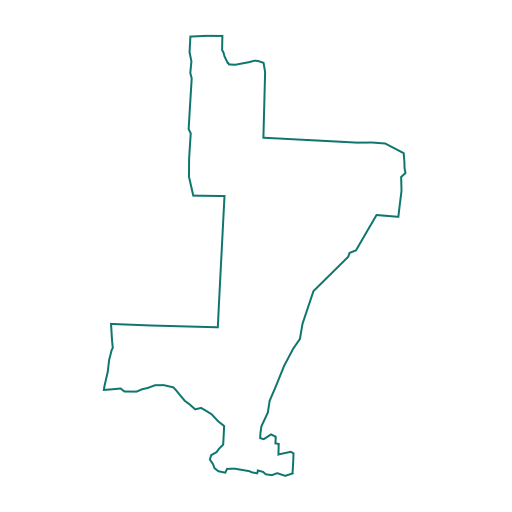 Gorogly, Tashauz, Turkmenistan, rotated 183°
{"feature_id": "10190150B22032040795574", "entity_name": "Gorogly", "entity_type": "district", "adm_level": 2, "iso_a3": "TKM", "parent_name": "Turkmenistan", "parent_adm1": "Tashauz", "projection": "equal_earth", "projection_center": [59.965, 40.525], "detail": "fine", "context": "isolated", "style": "outline", "palette": "teal", "viewbox_px": 512, "rotation_deg": 183, "n_neighbors": 0, "source": "geoboundaries", "source_scale": "gbopen_adm2", "svg_char_len": 2185}
<svg xmlns="http://www.w3.org/2000/svg" viewBox="0 0 512 512"><g transform="rotate(183 256 256)"><path d="M283.5,39.9L282.3,39.1L275.4,38.0L273.8,41.7L273.7,41.9L266.3,42.5L262.0,42.0L261.1,41.9L256.6,41.4L253.4,41.0L251.4,40.8L250.0,40.2L248.6,39.7L245.4,39.3L244.4,39.2L243.4,39.1L242.9,41.6L242.9,41.9L241.6,41.6L237.7,40.8L234.9,38.6L234.5,38.5L229.0,38.0L228.6,38.0L224.5,39.8L223.4,40.2L220.0,39.3L219.4,39.1L216.0,38.2L215.5,38.0L215.4,38.0L212.4,39.1L209.0,40.4L208.2,40.7L208.0,40.8L208.2,41.2L208.2,42.2L208.1,44.5L208.1,49.2L208.1,54.5L208.2,58.6L208.2,60.3L208.2,60.9L209.1,61.3L211.2,62.3L211.4,62.2L214.6,61.3L218.4,60.3L222.5,59.2L223.2,58.9L223.5,69.5L226.8,69.9L226.8,76.1L227.1,76.2L227.1,76.7L227.2,76.8L227.6,76.9L231.6,78.6L232.5,78.0L237.3,74.5L238.7,73.5L240.1,73.8L242.3,74.4L242.3,74.5L242.3,79.4L241.7,86.2L236.0,100.2L234.8,112.1L229.6,126.2L222.2,147.7L214.1,165.2L207.8,175.5L206.0,190.8L197.4,221.7L196.8,223.9L188.8,232.7L163.9,260.0L162.8,263.8L162.7,264.0L160.3,265.1L156.4,266.9L152.4,274.8L137.8,303.2L116.8,302.6L115.9,302.6L115.2,313.4L114.1,328.6L114.4,332.5L115.2,342.5L113.9,343.8L112.7,345.1L111.1,346.6L112.3,351.8L112.7,357.4L113.9,366.4L132.9,375.1L145.9,375.4L160.7,374.5L254.8,374.5L256.5,439.5L256.9,441.9L258.6,449.3L263.9,450.8L267.3,451.0L271.8,449.7L272.2,449.4L279.7,447.6L286.7,445.9L293.0,445.9L293.8,447.3L294.4,447.3L297.9,453.7L298.9,456.9L300.6,460.0L300.7,462.0L301.1,474.0L317.7,473.2L333.0,471.7L333.0,455.8L332.7,454.8L330.7,447.0L330.9,442.1L331.2,435.3L330.5,433.2L329.5,430.0L329.8,397.7L329.9,379.2L329.2,377.9L327.6,375.1L327.9,349.7L327.1,331.7L321.8,313.0L290.6,314.2L290.5,204.5L290.4,182.8L357.0,181.1L395.6,180.6L397.2,180.6L395.7,167.2L395.2,163.1L394.2,156.7L395.2,154.5L397.2,144.7L398.0,132.5L400.6,117.7L400.9,114.3L392.3,115.4L384.3,116.6L380.3,113.8L368.2,114.3L362.5,117.1L357.9,118.3L349.9,121.7L341.3,122.2L331.6,120.5L328.2,117.1L324.7,113.2L319.5,107.6L315.0,104.7L308.7,99.7L302.9,101.4L298.4,99.1L292.1,95.7L285.2,89.0L278.9,84.5L278.9,77.2L278.9,71.6L278.9,66.0L282.9,61.5L285.1,58.1L290.3,54.8L291.4,50.3L288.0,45.8L286.3,41.9L283.5,39.9Z" fill="none" stroke="#0f766e" stroke-width="2"/></g></svg>